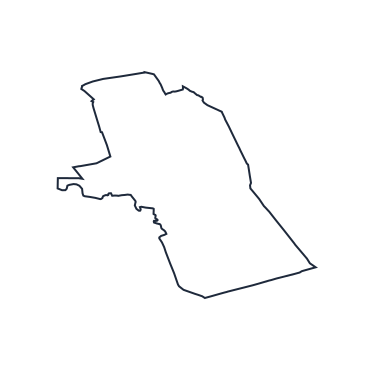 the district of Aknīste, Aknistes, Latvia, rotated 204°
{"feature_id": "27541924B22014355946126", "entity_name": "Aknīste", "entity_type": "district", "adm_level": 2, "iso_a3": "LVA", "parent_name": "Latvia", "parent_adm1": "Aknistes", "projection": "robinson", "projection_center": [25.749, 56.161], "detail": "fine", "context": "isolated", "style": "outline", "palette": "slate", "viewbox_px": 384, "rotation_deg": 204, "n_neighbors": 0, "source": "geoboundaries", "source_scale": "gbopen_adm2", "svg_char_len": 3637}
<svg xmlns="http://www.w3.org/2000/svg" viewBox="0 0 384 384"><g transform="rotate(204 192 192)"><path d="M197.4,277.4L204.3,277.5L213.2,277.6L217.5,278.5L219.6,279.9L219.7,281.1L220.7,282.5L222.1,282.8L222.5,282.5L224.2,282.7L225.4,282.9L226.8,282.6L230.0,283.5L231.1,283.9L233.0,283.6L233.9,283.6L235.2,283.6L236.7,284.1L238.4,284.4L240.3,284.6L243.3,284.8L242.4,283.1L242.1,281.9L246.1,278.5L247.5,277.4L248.8,276.6L249.8,276.3L250.7,275.7L251.4,275.0L251.9,274.0L253.1,273.2L254.4,272.1L255.1,271.3L255.7,270.4L256.0,270.6L256.7,271.0L257.5,271.7L258.5,272.3L258.9,272.5L259.8,273.2L260.0,273.4L260.3,273.6L261.1,274.5L261.5,274.9L262.7,276.0L264.0,277.2L264.6,277.7L265.6,278.3L266.1,278.7L266.2,278.8L266.7,279.2L267.1,279.5L267.7,280.0L267.9,280.1L274.6,284.0L276.1,283.8L277.6,283.5L284.1,282.2L283.9,281.8L285.4,280.9L290.4,277.6L299.7,271.5L304.3,268.5L319.1,259.2L327.6,252.6L333.3,247.1L333.8,246.4L334.3,245.7L335.6,244.1L335.2,243.4L335.3,243.1L335.0,241.1L333.7,240.9L331.3,240.5L319.4,236.7L320.4,234.9L320.7,234.2L318.8,234.0L318.8,233.0L318.6,232.1L318.0,231.0L316.1,228.6L307.0,218.1L303.5,214.1L299.8,209.6L298.5,210.0L289.5,200.9L288.8,200.2L281.0,191.2L290.9,179.4L304.7,170.1L305.7,169.6L310.6,166.2L297.5,159.5L301.2,158.5L301.4,158.4L320.2,150.1L316.2,140.6L311.4,140.8L308.4,142.2L307.8,144.1L308.4,147.1L307.0,148.6L303.4,151.1L300.6,152.0L297.4,151.9L293.7,150.2L291.4,146.2L289.8,144.5L289.2,144.5L288.3,144.5L283.5,145.9L278.0,147.3L272.9,148.2L272.2,148.7L271.4,150.0L271.5,150.7L271.5,152.0L271.2,152.4L269.8,153.9L268.6,154.5L267.8,154.6L267.3,155.2L267.6,156.3L267.3,157.0L265.5,157.9L263.4,156.1L261.2,157.3L259.1,158.2L257.8,158.5L254.9,160.5L252.3,161.9L251.0,162.7L249.7,163.5L248.3,163.9L246.8,164.4L245.1,163.4L244.7,163.2L242.2,161.9L240.1,160.8L239.4,160.0L239.4,159.5L239.1,158.1L238.8,156.5L235.9,154.0L233.1,153.3L232.2,153.6L231.9,153.7L231.7,154.0L231.8,155.2L232.7,156.3L233.4,157.0L232.3,157.9L228.0,158.9L221.2,161.1L220.4,161.1L220.2,161.1L219.9,160.6L218.2,156.3L218.1,156.2L217.8,156.2L216.5,156.1L216.1,156.1L215.7,155.8L215.5,155.3L215.0,153.3L214.0,152.8L212.7,152.8L212.3,152.6L212.1,152.5L212.0,152.4L212.1,152.0L212.3,151.5L212.4,151.4L213.7,150.7L214.1,150.6L214.6,150.4L215.0,150.2L215.0,149.7L214.9,149.6L214.8,149.4L214.7,149.3L214.5,148.9L214.3,148.7L214.1,148.6L213.1,148.8L212.6,148.8L212.2,148.9L211.5,148.9L210.6,149.1L210.0,149.2L209.6,149.2L209.2,149.4L208.9,149.5L208.3,149.5L207.8,149.4L207.5,149.2L207.1,148.9L206.7,148.5L206.4,148.1L205.5,146.8L205.3,146.6L205.0,146.4L204.6,146.2L204.3,146.1L204.0,146.0L202.2,145.7L201.8,145.6L201.5,145.4L200.7,145.2L200.0,144.7L199.6,144.4L199.1,143.9L198.9,143.8L198.4,143.3L199.8,141.6L201.7,139.9L202.3,139.4L203.4,137.2L203.0,136.3L201.1,135.1L198.9,133.7L195.0,130.3L191.5,126.4L184.6,119.5L182.9,117.8L175.3,110.5L167.2,101.8L165.5,100.6L160.4,99.3L159.8,99.2L147.5,100.2L144.9,100.5L140.3,100.9L137.1,100.4L136.8,100.7L132.5,104.2L124.1,111.2L121.3,113.5L119.5,114.9L119.3,115.1L119.0,115.4L110.5,122.1L105.9,125.7L101.6,129.1L98.8,131.3L96.5,133.2L92.1,136.9L85.5,142.5L83.9,143.7L79.7,147.3L65.2,158.7L60.8,162.3L60.6,162.7L60.4,163.0L59.4,164.4L56.4,166.9L48.4,173.5L55.3,174.8L59.9,177.9L76.5,185.9L77.4,186.5L85.5,190.8L92.9,194.7L104.0,200.4L113.8,205.6L114.4,205.8L118.3,207.5L120.6,208.4L127.9,213.0L130.3,214.2L137.8,217.9L140.1,219.0L141.7,221.7L141.8,224.3L145.7,230.2L149.1,235.5L151.9,239.8L153.5,240.3L156.2,242.6L158.2,244.2L161.3,246.8L164.8,249.7L166.7,251.4L168.7,253.0L178.9,261.6L185.0,266.8L191.2,271.7L192.5,273.1L197.2,277.1L197.4,277.4Z" fill="none" stroke="#1e293b" stroke-width="2"/></g></svg>